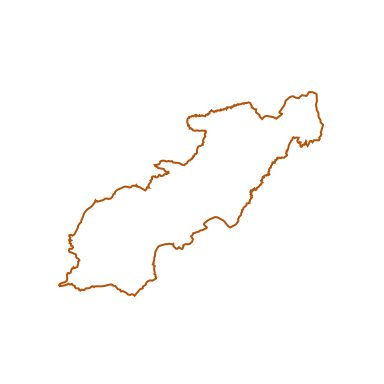 the district of Santa Rosa Del Sur, Bolívar, Colombia, rotated 207°
{"feature_id": "7082276B21319796766403", "entity_name": "Santa Rosa Del Sur", "entity_type": "district", "adm_level": 2, "iso_a3": "COL", "parent_name": "Colombia", "parent_adm1": "Bolívar", "projection": "robinson", "projection_center": [-74.241, 7.761], "detail": "fine", "context": "isolated", "style": "outline", "palette": "amber", "viewbox_px": 384, "rotation_deg": 207, "n_neighbors": 0, "source": "geoboundaries", "source_scale": "gbopen_adm2", "svg_char_len": 6064}
<svg xmlns="http://www.w3.org/2000/svg" viewBox="0 0 384 384"><g transform="rotate(207 192 192)"><path d="M166.8,291.3L171.0,292.0L172.0,293.4L172.3,294.8L174.0,294.2L175.5,294.2L176.5,294.9L177.2,294.5L177.9,295.7L180.5,297.7L182.3,297.6L183.6,296.0L185.1,295.4L185.7,294.3L186.1,294.6L187.1,294.0L188.4,292.2L190.8,291.1L190.5,290.6L191.9,289.9L192.1,288.9L192.8,288.9L193.4,287.9L193.9,288.3L194.6,286.0L195.0,286.1L195.0,285.5L195.8,285.1L195.6,284.6L196.5,284.8L198.9,283.5L198.6,282.9L199.1,282.7L199.0,281.8L199.5,282.2L201.2,280.4L201.2,279.6L202.8,279.1L203.2,277.9L204.0,278.3L204.5,277.0L206.7,276.1L206.9,274.9L207.8,274.9L208.5,273.2L209.4,273.6L210.6,273.2L211.7,273.7L212.6,271.2L212.1,270.0L212.6,269.7L212.7,268.7L213.4,268.7L213.5,267.7L214.6,267.1L214.6,265.4L218.3,264.6L218.9,263.5L219.5,263.2L220.2,263.7L220.9,262.5L223.0,262.6L222.9,261.4L224.0,262.1L225.2,259.9L226.3,260.0L227.2,258.4L228.6,257.7L228.3,256.7L229.1,256.7L228.6,256.5L229.1,255.7L229.0,254.6L228.0,252.1L227.0,251.3L226.0,249.6L225.6,250.1L224.8,250.0L224.8,249.5L223.5,248.4L222.6,248.4L222.6,247.7L222.0,248.1L220.0,248.0L219.3,247.4L217.1,247.9L215.2,249.4L213.3,249.7L210.4,251.6L207.9,252.7L207.3,252.4L207.3,251.7L206.6,251.4L207.0,249.4L205.3,247.5L205.8,246.2L205.7,243.7L205.2,242.2L204.2,241.6L204.6,239.8L203.7,238.9L207.1,235.2L206.9,232.6L205.4,229.1L205.9,227.4L206.6,227.0L206.5,224.7L207.2,224.3L206.7,223.2L207.1,222.9L207.3,221.0L207.8,220.7L208.2,219.2L209.0,218.8L209.7,216.5L209.6,215.3L210.9,213.4L211.0,212.5L212.8,211.8L215.6,212.0L217.7,211.6L222.1,209.7L224.0,210.4L225.5,209.2L226.9,209.1L228.4,207.6L230.7,207.4L233.4,205.9L234.1,204.7L233.7,204.0L234.0,201.9L235.0,200.7L237.5,199.1L236.3,198.3L233.5,198.5L233.0,198.0L227.8,199.7L224.8,198.3L223.2,198.3L222.2,199.3L221.5,198.5L222.8,196.3L224.0,196.0L224.7,195.1L224.9,193.8L226.3,192.5L227.0,192.1L228.7,192.6L229.1,192.3L229.2,190.3L230.0,188.9L231.5,188.7L232.0,189.1L232.4,188.5L233.6,188.4L234.4,187.6L234.3,186.3L233.5,185.9L233.3,185.1L234.2,183.4L233.3,182.7L234.0,178.5L233.3,177.6L233.7,176.5L232.8,176.3L234.1,175.8L233.9,173.6L234.4,172.1L240.4,172.6L243.5,171.9L243.7,172.4L244.3,171.9L244.1,172.3L244.8,172.8L245.0,171.8L246.9,171.2L248.1,170.1L248.6,168.6L249.7,167.6L252.3,167.2L254.7,166.0L259.8,159.5L260.5,157.1L260.1,155.4L260.7,155.1L261.0,154.1L260.8,151.1L261.6,149.2L263.3,147.8L264.7,147.7L266.5,146.5L267.3,144.7L271.9,140.4L272.8,140.9L273.6,139.9L274.1,140.3L273.9,139.0L274.9,133.5L277.4,128.8L278.4,125.0L277.5,115.6L277.1,114.7L277.8,113.1L278.1,110.1L277.5,108.6L277.5,100.9L278.7,98.8L280.5,98.9L281.7,97.7L280.9,96.7L279.7,96.2L279.6,94.2L277.6,94.1L278.3,92.8L279.0,92.7L277.9,91.6L277.7,90.7L276.4,91.0L275.3,89.3L273.6,89.4L272.9,88.6L273.1,86.9L275.4,85.8L275.1,84.1L274.2,83.1L267.3,83.7L265.1,80.9L262.9,80.9L261.3,80.0L261.9,78.2L261.0,77.2L260.2,73.1L262.2,70.9L263.4,71.2L263.2,70.1L264.0,69.8L264.2,68.2L263.5,65.0L264.6,63.6L265.4,63.7L265.9,63.1L265.8,61.2L263.8,58.3L263.3,56.0L264.3,53.9L267.0,51.5L268.1,49.5L268.1,48.8L267.5,49.0L267.0,48.1L263.6,50.5L261.1,53.0L260.7,54.2L258.5,54.2L257.4,55.6L256.1,54.8L254.1,55.2L252.8,53.9L251.8,53.5L249.1,54.6L247.8,53.4L247.1,53.8L246.7,53.5L246.0,54.8L243.4,55.8L242.9,57.8L239.8,59.7L238.1,62.7L236.1,62.9L236.1,63.6L228.7,67.5L222.4,72.8L220.9,73.2L220.4,72.7L219.2,72.9L217.8,73.5L213.8,71.7L211.6,72.4L210.3,71.1L208.6,72.3L204.6,72.4L202.5,71.6L200.2,72.3L199.7,73.2L197.8,74.0L196.1,73.5L194.1,81.8L192.2,83.8L192.8,85.5L191.1,88.3L191.5,90.5L190.7,92.6L189.3,94.2L187.0,95.0L184.8,98.6L185.1,99.8L186.1,100.0L186.8,101.5L188.3,101.9L188.7,103.3L190.7,106.0L191.6,108.1L191.5,109.0L194.1,109.8L193.8,111.3L194.5,111.8L194.7,114.1L196.0,116.8L195.9,118.1L197.5,122.0L197.4,127.7L196.1,129.7L191.7,133.7L190.9,133.8L188.6,135.7L185.9,136.4L185.1,137.3L184.0,135.4L180.3,134.2L179.1,135.0L178.6,136.9L176.7,136.4L174.7,136.9L174.8,139.3L175.6,140.7L174.2,142.6L171.3,143.9L170.4,144.8L169.4,147.7L169.7,150.5L172.7,152.2L171.9,154.5L172.2,155.8L167.8,159.9L167.5,161.0L165.3,162.9L162.6,166.5L162.7,167.2L166.2,168.2L166.8,168.8L166.8,169.9L164.6,174.7L160.1,180.1L157.9,181.0L150.7,180.8L144.6,178.1L141.9,177.7L138.1,183.1L137.5,187.0L138.5,188.6L138.7,191.2L137.8,193.9L138.6,195.6L138.3,197.1L139.3,198.3L138.5,199.6L139.0,201.1L137.5,204.7L138.1,206.5L135.9,208.0L136.5,208.4L136.1,209.5L136.7,211.0L136.2,214.4L137.2,214.5L137.0,216.1L138.6,216.3L138.6,218.3L140.0,218.5L140.2,220.2L139.6,220.4L139.8,219.7L139.1,219.6L138.3,221.2L138.9,221.7L138.0,223.5L136.8,222.6L135.7,223.2L136.1,225.0L134.6,227.3L134.6,229.1L133.8,230.1L134.2,231.2L133.6,232.5L135.1,233.2L135.0,233.9L135.6,233.8L135.3,235.7L135.7,237.2L134.9,237.1L134.4,237.8L135.0,238.9L134.3,240.1L133.3,240.4L133.0,241.2L131.8,241.4L131.0,242.7L131.4,243.2L132.3,242.8L132.2,243.8L132.9,244.5L132.7,246.1L133.7,247.4L133.5,248.8L132.8,249.6L133.4,251.2L133.1,253.1L133.7,254.8L132.8,255.7L132.1,255.2L131.5,255.8L131.9,256.8L131.6,257.9L132.2,258.3L131.1,259.6L131.5,261.2L130.9,261.6L130.3,261.3L129.3,262.5L128.1,262.5L127.6,263.6L125.6,264.3L124.0,267.6L124.2,268.4L125.8,269.0L125.7,271.7L126.4,271.7L125.9,274.1L127.0,278.0L126.9,282.5L126.4,284.2L126.8,285.8L126.2,286.9L125.0,286.6L124.0,287.8L121.6,288.8L121.3,285.2L119.7,284.2L118.7,284.4L118.3,284.6L118.5,285.4L117.7,285.5L117.7,284.5L117.0,283.3L115.7,281.8L115.0,281.8L114.6,282.8L114.8,284.2L113.5,284.9L113.9,286.6L113.3,287.3L113.5,289.1L112.9,288.7L112.5,285.9L111.3,286.5L109.9,285.6L109.8,291.2L108.9,291.7L107.2,291.0L106.9,293.4L102.4,295.7L102.3,297.3L103.4,298.5L102.7,300.6L102.9,302.1L104.1,303.0L105.7,311.4L109.0,312.4L110.2,314.4L113.2,316.3L115.4,320.0L118.1,321.6L118.9,323.2L121.2,325.9L121.9,329.6L125.4,335.6L126.3,335.9L130.2,335.6L133.0,334.1L133.6,329.6L138.1,328.1L139.4,324.1L142.3,323.1L145.4,323.2L147.0,322.0L148.1,320.4L150.0,315.8L149.1,311.0L150.4,302.8L150.0,302.3L147.4,302.5L147.2,301.9L150.2,295.6L153.6,295.6L160.1,293.7L161.6,292.2L162.7,288.8L165.8,289.9L166.8,291.3Z" fill="none" stroke="#b45309" stroke-width="2"/></g></svg>